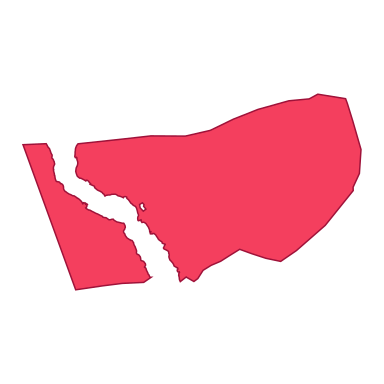 Zemam Out, Al Bahr al Ahmar, Egypt (Albers equal-area conic projection)
{"feature_id": "37247803B70127900746184", "entity_name": "Zemam Out", "entity_type": "district", "adm_level": 2, "iso_a3": "EGY", "parent_name": "Egypt", "parent_adm1": "Al Bahr al Ahmar", "projection": "albers", "projection_center": [31.154, 27.336], "detail": "fine", "context": "isolated", "style": "filled", "palette": "rose", "viewbox_px": 384, "rotation_deg": 0, "n_neighbors": 0, "source": "geoboundaries", "source_scale": "gbopen_adm2", "svg_char_len": 5808}
<svg xmlns="http://www.w3.org/2000/svg" viewBox="0 0 384 384"><path d="M130.8,203.1L132.4,204.3L132.7,204.8L134.3,205.9L135.1,206.2L135.5,206.5L136.4,207.9L136.8,209.1L137.4,211.3L137.5,212.0L137.8,213.1L138.4,214.6L138.5,215.5L138.3,216.2L137.9,216.8L137.7,218.0L137.7,218.8L137.8,219.6L138.0,220.4L138.2,220.6L138.3,220.7L138.6,220.7L139.6,220.4L141.0,219.8L141.3,220.3L141.1,221.2L142.0,222.5L142.3,222.4L143.3,222.2L143.6,222.2L144.6,222.6L146.0,223.6L147.1,225.3L148.1,226.7L148.5,227.4L149.4,229.6L149.6,230.4L149.7,231.8L149.9,231.9L150.1,231.9L150.5,231.7L150.9,231.7L150.9,231.8L150.7,232.3L150.1,232.6L150.1,232.9L150.4,233.8L150.6,233.7L152.1,234.0L152.7,233.5L153.5,233.5L154.2,233.8L154.3,233.7L155.8,235.0L156.7,236.6L157.2,237.2L157.9,238.3L158.2,239.0L159.0,239.9L160.5,241.0L161.2,241.4L161.8,241.8L162.1,242.3L162.1,242.8L162.2,243.1L162.6,243.2L163.0,243.6L163.9,243.8L165.1,244.2L165.2,244.6L164.7,245.2L164.5,245.5L164.0,246.9L163.5,247.7L163.5,248.2L163.7,248.5L164.1,249.0L166.3,250.0L167.3,250.6L168.3,251.3L168.6,251.7L168.7,252.4L168.6,252.9L168.9,253.6L169.1,254.2L169.2,255.2L168.9,256.2L169.0,257.4L169.2,258.0L169.8,259.8L170.5,260.6L170.8,260.8L172.7,263.0L173.1,263.6L173.7,264.8L173.8,265.2L174.1,265.7L174.1,266.0L175.2,266.7L176.0,267.0L176.4,267.6L177.5,267.7L177.6,267.8L177.7,268.1L177.7,268.8L177.9,269.0L177.7,269.3L177.6,269.7L177.2,270.0L177.3,271.0L177.6,271.4L177.8,271.8L178.4,272.0L179.1,272.0L179.3,271.9L179.5,272.3L179.3,272.6L178.7,274.0L178.9,275.0L178.7,275.4L178.9,275.8L178.9,276.2L179.2,277.2L179.3,278.2L179.3,278.6L179.5,279.1L179.4,279.6L180.3,281.6L186.2,277.0L186.4,277.2L193.9,281.5L197.8,278.6L203.1,270.3L211.2,265.3L220.6,261.3L228.9,256.0L239.7,249.3L251.5,253.6L265.9,258.3L280.7,261.4L296.4,250.6L325.2,225.4L353.2,190.6L353.1,187.2L359.4,173.5L361.0,149.5L352.8,121.1L347.4,103.6L345.6,98.7L317.8,94.2L309.1,98.9L288.8,100.8L258.0,109.4L233.5,119.1L210.2,130.4L185.3,136.1L150.8,135.9L122.3,139.1L78.1,143.8L77.8,144.0L76.5,145.9L75.6,148.2L75.4,149.2L75.4,150.1L75.3,150.8L75.1,152.0L75.1,152.6L75.1,153.9L74.8,156.6L75.4,157.7L76.5,157.3L76.8,157.7L76.9,159.4L77.4,161.0L77.6,161.4L77.8,163.1L77.5,165.0L77.1,166.2L76.9,166.3L76.9,166.7L76.4,167.3L76.0,169.0L75.9,170.3L75.7,171.2L76.1,172.9L76.7,174.7L77.3,176.2L78.5,177.3L79.8,178.2L80.7,178.2L81.2,178.4L81.8,178.7L83.6,179.6L85.4,180.7L85.8,181.0L86.1,180.8L86.3,180.2L87.5,180.4L88.7,181.4L89.5,182.7L90.6,183.7L90.1,184.3L94.3,186.2L94.6,186.7L94.6,187.6L95.8,188.7L96.6,189.3L97.1,189.8L98.3,190.5L99.6,191.0L100.5,191.5L100.9,191.8L101.5,192.0L102.3,192.7L102.7,193.3L103.2,193.8L103.7,194.0L104.1,194.5L104.8,196.0L105.4,195.9L105.6,195.6L106.3,195.3L107.2,195.2L108.0,195.0L109.8,195.0L110.5,194.8L111.7,194.3L115.0,194.2L115.7,194.3L116.1,194.5L117.4,195.3L118.1,195.9L119.1,196.0L121.5,196.8L123.3,197.7L123.4,197.4L123.8,197.1L123.9,196.8L124.4,196.6L125.6,196.6L126.5,197.0L126.8,197.2L126.8,197.9L126.9,198.4L127.7,199.1L128.2,199.4L129.4,201.0L130.8,203.1ZM145.9,209.1L143.3,211.2L140.1,207.8L139.6,204.5L142.4,202.8L144.0,204.6L143.6,206.3L145.9,209.1ZM75.7,289.8L102.3,285.9L122.2,283.4L143.7,282.4L151.1,277.3L150.5,277.3L149.7,276.8L149.0,275.0L148.1,274.0L147.8,272.9L146.4,270.1L146.4,269.8L146.1,269.1L146.1,268.8L145.8,268.1L145.1,267.5L144.8,267.5L144.5,267.3L144.5,266.9L145.2,266.0L145.5,265.3L145.6,265.1L145.4,263.8L145.2,263.5L143.6,261.4L142.3,260.9L141.9,260.8L141.2,260.6L141.0,260.4L140.7,259.7L140.8,259.1L140.5,258.1L140.5,257.4L140.2,256.7L139.1,255.2L138.7,254.8L138.4,254.6L137.4,254.4L137.2,254.3L137.0,254.0L136.8,253.6L136.7,253.5L136.5,253.3L136.4,252.7L136.6,251.1L136.4,250.2L135.7,248.3L135.4,247.8L135.4,247.5L135.4,247.3L135.1,246.8L135.0,246.4L134.6,245.9L134.0,244.7L133.6,243.3L133.5,242.5L133.3,242.4L132.3,240.8L132.0,240.5L131.1,240.3L130.8,240.4L130.6,240.1L130.8,240.1L130.5,239.9L130.3,239.9L129.9,239.8L127.1,238.0L125.4,235.7L125.1,235.0L124.9,234.2L124.6,233.6L123.9,232.9L123.6,232.3L123.5,231.0L123.8,230.4L123.9,230.2L124.5,229.6L124.7,229.1L124.9,228.2L125.3,227.4L125.2,226.3L125.0,225.5L123.9,223.4L123.7,223.2L123.2,223.2L122.2,223.2L120.0,222.6L116.8,221.9L114.0,220.2L113.3,219.2L112.1,219.2L110.4,219.7L109.4,219.8L108.6,219.6L108.1,219.1L106.5,218.0L106.0,217.7L105.7,217.7L105.3,217.6L104.0,217.5L103.0,217.2L102.7,217.0L102.6,216.6L102.0,216.1L101.7,216.0L100.3,215.4L97.7,214.0L95.5,213.2L94.6,212.6L94.3,212.5L92.6,211.6L91.8,211.3L91.5,211.0L90.6,210.6L89.9,210.1L88.6,210.0L88.1,209.7L87.6,209.3L87.3,209.2L86.8,208.9L86.4,208.7L86.1,208.5L85.9,208.1L86.0,208.1L86.4,207.0L86.8,206.7L86.8,206.3L86.7,205.8L86.8,205.5L87.2,204.9L87.5,204.7L87.4,204.5L87.0,204.0L86.7,203.9L86.4,203.9L86.0,204.1L85.6,204.3L85.5,204.0L85.6,203.7L85.9,203.5L85.5,203.0L84.5,203.1L84.0,202.6L83.8,202.6L83.5,202.7L83.3,202.8L83.2,202.8L83.0,203.1L83.2,203.5L83.0,203.8L82.6,203.8L82.3,202.8L81.4,201.4L79.5,199.5L78.6,198.8L77.9,198.5L78.0,198.4L77.6,198.1L77.0,197.9L76.3,197.3L74.2,195.9L72.6,195.7L71.9,195.3L70.7,194.6L69.5,194.2L68.7,193.8L68.0,193.3L67.4,193.0L65.8,191.7L65.2,191.5L65.0,191.3L64.5,190.5L64.0,189.9L63.6,189.0L63.5,186.8L63.4,186.3L63.0,185.1L62.5,184.6L62.2,184.2L61.3,183.6L60.8,183.7L60.5,183.6L59.9,182.5L59.4,182.1L58.5,181.8L57.8,181.8L57.1,181.5L56.5,181.5L56.3,181.3L55.8,180.4L55.7,180.0L55.2,178.6L54.9,176.7L54.9,176.1L54.7,175.8L54.7,175.4L54.4,175.2L54.4,174.0L53.7,171.4L53.5,170.6L53.6,170.1L53.5,169.8L53.7,169.7L53.4,168.6L53.4,168.0L53.5,167.0L53.7,166.3L54.7,164.0L54.4,163.0L54.2,161.7L54.0,161.3L53.8,161.1L53.4,159.9L52.9,159.0L52.1,158.3L51.9,157.5L51.9,156.9L52.1,156.2L52.1,155.0L51.1,153.3L50.1,150.3L49.8,149.7L49.6,148.9L48.9,148.0L48.0,147.1L47.9,146.7L47.6,146.3L47.4,145.9L47.2,145.4L46.2,143.7L23.0,144.7L75.7,289.8Z" fill="#f43f5e" stroke="#9f1239" stroke-width="1.5"/></svg>